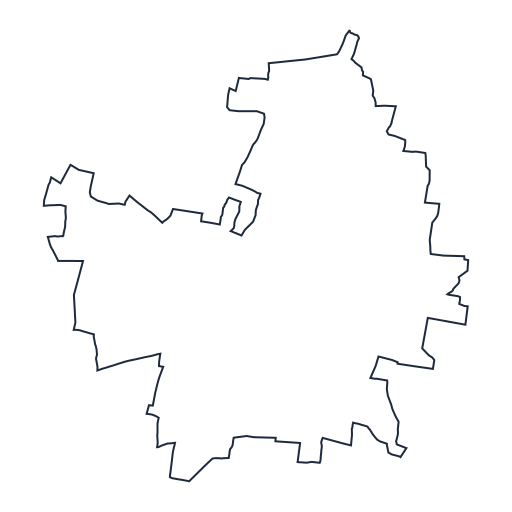 outline of Maní, Yucatán, Mexico
{"feature_id": "50627088B1882367012373", "entity_name": "Maní", "entity_type": "district", "adm_level": 2, "iso_a3": "MEX", "parent_name": "Mexico", "parent_adm1": "Yucatán", "projection": "orthographic", "projection_center": [-89.371, 20.39], "detail": "fine", "context": "isolated", "style": "outline", "palette": "slate", "viewbox_px": 512, "rotation_deg": 0, "n_neighbors": 0, "source": "geoboundaries", "source_scale": "gbopen_adm2", "svg_char_len": 5762}
<svg xmlns="http://www.w3.org/2000/svg" viewBox="0 0 512 512"><path d="M97.4,370.5L102.8,368.6L105.3,367.9L108.1,367.0L110.7,366.2L113.4,365.4L116.1,364.5L118.8,363.6L121.5,362.8L122.9,362.3L125.6,361.5L127.0,361.2L128.9,360.7L131.7,360.1L132.9,359.9L135.6,359.3L136.1,359.2L143.2,357.6L144.3,357.3L148.5,356.5L151.0,356.0L154.2,355.2L157.3,354.3L160.3,353.7L159.8,357.0L159.1,361.8L159.0,366.1L163.2,366.8L160.6,373.8L159.7,376.2L158.0,381.5L155.3,392.4L152.8,405.6L149.0,405.2L146.6,413.8L150.6,414.3L152.5,414.7L156.3,416.3L158.7,417.8L157.9,421.4L157.5,423.5L157.5,426.8L157.5,429.5L157.5,433.1L157.2,435.4L157.3,436.3L157.5,439.5L157.7,442.9L157.1,447.2L158.7,447.0L161.8,445.5L166.1,444.0L167.5,443.5L171.5,443.3L175.0,442.8L174.5,445.2L174.2,446.5L173.8,447.9L172.8,452.6L172.1,458.8L171.7,462.2L171.2,466.3L171.1,466.9L170.7,470.2L170.0,475.4L169.9,475.6L169.9,477.1L171.9,478.1L172.3,478.2L178.9,479.4L181.8,479.8L184.3,480.3L185.4,480.5L185.6,480.5L187.4,480.9L189.1,481.3L205.1,465.5L212.4,458.6L214.1,458.3L215.1,458.2L216.3,458.1L217.9,458.2L220.4,458.3L221.3,458.5L223.6,458.2L228.7,458.0L229.3,454.5L229.6,451.6L230.2,448.9L231.4,447.7L232.5,445.6L232.9,442.9L233.2,440.4L233.7,437.7L246.7,436.0L253.7,437.2L275.7,437.8L275.4,441.3L297.4,442.8L300.1,443.0L297.6,462.1L306.7,462.7L311.6,461.9L319.7,462.8L320.3,461.1L320.7,458.7L320.7,457.0L320.9,455.3L321.1,453.7L321.2,452.5L321.3,450.5L321.5,449.4L321.8,447.0L321.7,445.1L321.2,442.6L321.5,441.0L322.0,439.7L322.4,438.5L322.7,437.9L337.4,441.9L341.7,443.1L351.0,445.4L352.0,434.6L351.9,432.5L351.9,431.1L351.8,428.9L352.4,427.2L352.5,426.1L352.7,424.4L353.2,422.6L353.8,422.9L356.0,423.4L357.1,423.5L359.3,424.1L360.4,424.4L361.5,424.9L362.6,425.1L363.7,425.4L365.0,425.8L367.5,426.6L368.0,427.3L368.6,428.4L369.8,429.5L371.4,432.1L372.6,434.0L373.6,435.3L374.7,436.8L376.6,439.0L377.2,439.7L378.6,440.5L379.3,441.0L380.9,441.8L382.0,442.0L383.2,442.5L384.9,443.0L386.1,443.5L386.9,443.8L386.9,445.4L387.4,447.4L387.6,448.4L387.8,449.7L388.4,452.5L389.8,453.3L391.7,454.4L393.9,455.0L396.3,455.6L399.4,456.4L400.5,457.1L401.0,456.2L401.8,455.1L403.0,453.3L404.7,450.7L405.4,449.6L406.4,448.1L404.7,447.5L401.2,446.1L397.7,444.8L396.7,444.3L396.6,443.1L396.4,442.3L396.1,441.3L396.3,440.6L396.7,439.2L397.3,436.8L397.7,435.3L397.8,434.5L398.0,432.2L397.8,429.5L398.6,421.8L395.6,416.4L392.4,409.1L391.1,404.3L387.9,395.9L386.8,389.0L387.3,383.0L387.2,380.5L376.6,378.7L375.2,378.8L370.4,378.0L375.6,366.1L378.5,356.5L392.1,360.0L397.6,362.2L397.5,363.7L413.3,366.1L432.9,368.9L434.3,360.1L432.4,357.6L428.8,355.3L422.7,348.9L422.2,348.3L422.8,345.2L427.8,317.9L465.4,324.7L467.7,306.3L464.4,306.0L459.2,303.9L459.9,300.7L460.1,297.1L458.0,296.2L448.6,294.7L447.4,294.3L448.3,293.5L449.9,292.6L451.7,291.5L452.8,290.3L453.3,288.9L454.6,287.5L458.6,283.3L459.5,280.3L458.6,277.2L467.5,270.7L468.2,260.1L464.4,259.4L464.2,256.2L443.6,255.6L430.8,254.0L430.4,250.9L430.3,246.6L429.7,240.0L432.3,222.6L435.0,219.3L437.1,216.3L438.1,213.3L438.8,208.2L439.3,203.8L435.5,203.5L424.9,202.6L427.7,185.6L428.5,184.5L429.0,183.4L429.6,180.5L429.7,170.3L426.1,166.6L425.7,155.6L425.3,153.0L420.0,152.2L416.7,151.7L414.1,151.7L412.2,151.9L408.9,151.5L403.4,151.0L404.9,146.5L405.3,141.9L405.1,140.0L394.6,135.9L388.6,134.5L386.8,131.3L388.9,127.4L390.0,126.5L390.8,124.6L391.5,123.1L391.8,121.3L395.8,106.3L384.6,105.7L375.7,106.1L375.7,104.7L375.6,102.4L374.5,98.4L372.7,95.6L373.3,90.7L370.9,79.2L369.5,78.4L367.8,77.6L362.9,75.4L363.1,71.8L362.0,70.4L361.5,67.4L355.1,62.6L353.7,60.8L352.3,59.8L351.5,59.1L354.0,53.8L355.1,50.1L355.9,46.9L356.6,44.8L356.9,43.1L357.7,40.8L358.6,39.1L359.0,38.2L358.5,36.9L358.1,36.1L357.0,35.1L355.6,34.8L354.4,34.5L353.2,33.8L352.7,33.4L352.1,33.3L351.5,33.2L350.9,33.0L350.5,32.7L350.0,31.9L349.9,31.7L349.9,31.0L349.3,30.7L345.7,35.5L342.9,43.4L339.1,51.4L337.0,54.3L305.1,59.5L285.3,61.5L279.8,62.1L268.7,63.2L269.1,69.2L269.1,71.2L268.4,72.7L268.1,75.1L268.3,77.4L267.8,79.7L264.8,78.9L261.4,78.7L250.3,78.1L248.8,79.0L241.2,78.2L240.1,78.2L238.9,77.9L235.7,91.0L229.6,88.3L228.1,94.9L227.1,107.2L229.6,110.2L238.4,111.2L256.8,111.2L264.0,113.7L264.6,117.4L263.7,123.9L261.0,129.7L257.6,138.7L256.3,140.9L254.6,143.1L253.9,143.6L252.5,145.9L250.9,149.8L247.5,157.3L244.6,162.2L242.0,165.0L240.0,171.4L235.5,184.1L242.1,185.7L251.7,189.8L255.4,191.7L257.1,192.9L260.5,193.7L259.3,197.4L258.1,200.0L257.9,204.4L257.0,206.4L255.8,210.4L255.6,215.2L253.0,221.8L244.9,229.8L241.5,235.5L230.7,231.1L233.7,228.3L234.3,225.7L234.4,222.6L235.4,219.1L237.7,214.6L239.2,211.7L239.4,209.4L239.3,206.6L240.8,201.9L234.1,199.5L229.0,197.5L227.2,199.9L226.3,202.8L224.7,204.6L224.4,206.3L223.1,208.0L222.4,214.3L222.0,215.4L220.9,216.9L220.5,220.2L219.8,224.5L210.1,222.7L201.1,221.3L201.7,215.7L202.4,213.5L173.0,209.0L170.4,215.7L168.6,217.6L167.0,219.1L163.2,221.7L162.3,222.8L159.1,219.8L155.3,216.1L150.8,212.2L148.4,210.8L145.8,208.8L139.9,204.2L137.2,202.1L129.5,195.6L125.5,201.6L124.7,204.8L118.8,203.5L108.9,204.0L106.3,203.1L97.6,200.7L90.8,196.5L89.8,192.2L90.8,186.3L93.7,173.2L78.9,169.9L70.5,164.8L60.5,183.3L51.2,177.3L49.8,182.7L48.6,184.6L46.2,193.3L44.2,200.1L43.8,205.8L49.8,205.3L56.2,205.1L60.2,204.9L65.7,206.3L65.4,211.6L65.8,216.7L65.8,218.8L65.3,221.2L65.2,224.6L65.1,226.9L64.0,231.6L63.6,233.6L63.4,234.7L63.4,235.4L63.0,236.1L62.7,236.3L62.1,236.1L60.7,236.2L59.1,236.4L58.2,236.5L56.5,236.4L55.2,236.1L47.8,236.9L48.6,239.6L50.0,244.6L51.1,247.3L53.6,251.7L57.9,260.2L58.0,260.9L83.0,261.0L79.1,275.7L76.4,285.8L73.9,294.9L74.4,303.9L75.4,322.6L73.7,329.9L77.4,329.9L79.9,330.3L83.0,331.3L88.5,332.9L93.9,334.4L93.7,336.4L95.2,344.6L95.6,345.5L96.5,349.1L97.0,354.5L96.0,358.6L97.5,367.0L97.4,370.5Z" fill="none" stroke="#1e293b" stroke-width="2"/></svg>